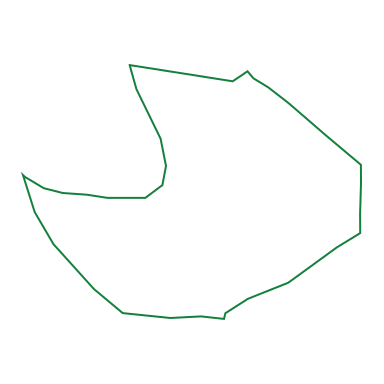 outline of Renfrewshire
{"feature_id": "GBR-2008", "entity_name": "Renfrewshire", "entity_type": "Unitary District", "adm_level": 1, "iso_a3": "GBR", "parent_name": "United Kingdom", "parent_adm1": "", "projection": "albers", "projection_center": [-4.557, 55.846], "detail": "fine", "context": "isolated", "style": "outline", "palette": "green", "viewbox_px": 384, "rotation_deg": 0, "n_neighbors": 0, "source": "natural_earth", "source_scale": "10m", "svg_char_len": 567}
<svg xmlns="http://www.w3.org/2000/svg" viewBox="0 0 384 384"><path d="M129.7,65.1L232.7,81.3L247.5,71.3L253.4,78.3L268.3,87.4L288.9,103.4L325.8,135.3L360.9,164.8L361.0,183.3L360.1,213.7L360.2,231.3L360.2,233.1L336.8,247.4L288.3,282.7L247.9,298.8L225.4,313.2L224.0,318.9L201.1,316.4L170.4,318.0L122.7,313.1L94.0,289.1L53.5,244.2L34.7,212.1L23.0,175.1L24.9,176.9L43.8,188.2L62.7,193.0L86.9,194.7L107.6,197.9L128.2,197.9L145.3,197.9L162.4,185.1L166.0,165.9L160.6,138.7L148.1,113.1L136.4,89.1L129.7,65.2L129.7,65.1Z" fill="none" stroke="#15803d" stroke-width="2"/></svg>